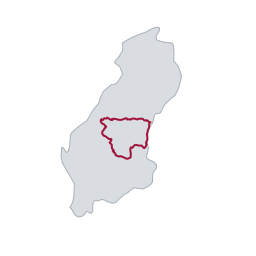 Elbasan highlighted on a map of Albania, rotated 31°
{"feature_id": "ALB-1524", "entity_name": "Elbasan", "entity_type": "County", "adm_level": 1, "iso_a3": "ALB", "parent_name": "Albania", "parent_adm1": "", "projection": "robinson", "projection_center": [20.152, 41.052], "detail": "fine", "context": "in_parent", "style": "outline", "palette": "rose", "viewbox_px": 256, "rotation_deg": 31, "n_neighbors": 0, "source": "natural_earth", "source_scale": "10m", "svg_char_len": 3749}
<svg xmlns="http://www.w3.org/2000/svg" viewBox="0 0 256 256"><g transform="rotate(31 128 128)"><path d="M82.6,78.9L82.8,75.6L83.7,70.2L83.2,68.4L83.7,65.3L82.0,61.2L79.3,58.3L82.0,53.0L85.9,46.7L89.6,41.7L94.0,36.5L96.9,31.5L100.1,27.2L102.8,25.9L104.1,26.8L104.8,28.7L104.7,34.2L105.6,36.2L107.4,37.6L111.4,36.9L115.8,35.5L121.7,32.6L122.7,32.7L124.9,34.3L129.4,41.0L132.5,46.9L138.5,49.0L141.8,51.3L146.1,54.8L148.1,58.3L151.1,69.1L151.4,75.7L150.6,78.6L149.9,79.4L147.2,90.0L147.9,95.4L147.8,99.0L145.6,100.4L144.1,102.7L146.5,111.5L146.2,115.3L146.4,119.6L150.8,129.5L153.4,132.5L155.7,134.0L158.7,143.1L160.5,144.6L167.7,143.8L171.2,144.8L172.6,146.9L172.9,148.4L172.5,153.5L174.3,157.4L176.7,161.4L176.7,163.9L175.1,167.9L172.2,172.6L168.4,174.4L164.2,176.0L162.2,179.6L161.2,183.5L159.3,186.4L158.1,189.5L156.3,196.0L155.9,198.3L153.1,200.7L148.6,201.7L144.6,201.9L141.9,203.0L140.6,205.2L138.0,206.9L136.5,207.7L136.5,209.7L138.4,213.8L140.5,217.2L140.5,219.9L139.5,220.6L136.2,220.3L135.5,221.3L135.2,224.3L134.3,226.9L133.0,228.4L130.7,230.1L126.4,229.6L122.4,227.0L120.3,226.2L119.1,226.3L118.8,220.0L117.1,215.1L110.7,203.4L90.2,192.0L85.3,186.9L83.2,182.6L81.1,178.6L83.2,178.5L85.2,179.5L87.7,180.7L88.8,178.7L87.7,174.3L82.4,163.9L82.0,161.1L84.7,152.4L89.0,142.7L88.8,130.9L90.1,122.1L88.7,116.3L88.0,109.2L91.2,99.8L93.9,97.5L95.5,94.5L95.7,84.5L89.6,79.8L82.6,78.9Z" fill="#d9dde1" stroke="#a8b0b8" stroke-width="1"/><path d="M147.7,123.9L149.8,126.5L150.6,128.1L150.9,129.7L150.9,130.9L151.3,131.8L152.4,132.3L152.5,132.5L152.5,133.6L152.7,134.7L152.7,135.1L152.5,136.3L152.3,136.7L152.0,136.9L151.4,136.9L149.4,136.2L149.1,136.1L148.8,136.1L148.4,136.3L146.2,137.5L145.7,137.7L145.4,137.8L143.4,138.4L143.1,138.6L142.7,139.0L142.4,139.9L142.2,140.5L142.1,141.6L141.9,142.3L141.8,142.7L140.4,143.3L141.0,145.2L141.3,145.7L143.1,147.9L143.8,148.8L145.3,151.8L144.4,153.4L143.9,154.1L143.2,154.7L142.3,155.1L138.1,155.5L135.9,156.1L135.5,156.8L133.3,157.5L131.5,157.6L131.0,157.4L130.9,157.2L130.7,156.7L130.3,156.4L129.8,156.3L129.0,156.3L128.5,156.2L127.2,155.7L127.7,154.9L127.3,154.6L126.7,154.3L125.4,154.0L124.8,153.6L124.3,153.2L122.9,151.0L122.4,150.6L121.8,150.4L120.9,150.3L120.1,150.1L119.8,149.9L119.8,149.6L120.0,148.9L120.0,148.6L120.0,148.3L119.8,147.7L119.8,147.4L120.0,146.8L119.8,146.5L119.7,146.4L119.2,146.2L118.7,146.4L117.4,147.2L112.9,146.7L111.7,147.1L109.4,146.5L109.1,146.3L108.6,145.8L108.1,144.9L108.0,144.5L107.9,144.1L107.9,143.7L108.2,142.5L108.2,142.2L108.1,140.6L108.1,140.3L108.5,139.5L108.6,138.2L107.9,137.9L107.6,138.0L107.2,138.0L106.8,137.8L106.2,137.4L105.7,137.3L103.7,137.4L102.3,137.1L101.5,136.6L101.0,136.1L100.8,135.5L100.7,135.0L100.6,134.7L100.7,134.3L101.9,134.5L102.1,134.3L102.3,134.1L102.3,133.4L102.4,132.9L102.5,132.2L103.0,131.8L104.3,131.2L104.7,130.9L104.8,130.6L104.9,129.9L106.7,129.8L108.5,129.9L109.6,129.7L110.3,129.4L110.5,129.1L110.4,128.9L110.0,128.8L109.9,128.6L109.8,128.4L111.2,127.3L113.8,126.3L115.0,126.1L117.5,124.9L117.9,124.6L119.6,122.8L120.3,121.7L121.1,120.8L121.5,120.6L121.9,120.5L122.1,120.8L122.5,120.9L123.0,121.0L123.3,120.9L123.6,120.7L124.5,119.9L124.9,119.6L125.8,119.6L126.7,117.9L128.0,117.0L128.5,116.7L131.5,115.9L131.8,115.7L132.2,114.7L132.6,114.4L132.9,114.2L133.3,114.1L133.5,114.0L133.7,113.9L133.9,113.7L134.7,113.1L135.1,112.8L135.5,112.7L136.1,112.6L136.6,112.7L137.2,112.9L138.0,113.0L138.4,112.9L138.8,112.7L139.2,112.5L139.7,111.8L140.0,111.7L140.3,111.7L140.5,112.0L140.9,111.8L141.1,111.7L141.5,111.7L142.1,111.9L142.8,112.0L143.6,111.8L144.1,111.7L144.0,112.3L144.0,113.0L144.2,113.9L144.5,114.6L145.7,116.2L145.7,116.3L146.0,118.4L146.7,121.1L147.0,122.1L147.7,123.9Z" fill="none" stroke="#9f1239" stroke-width="2"/></g></svg>